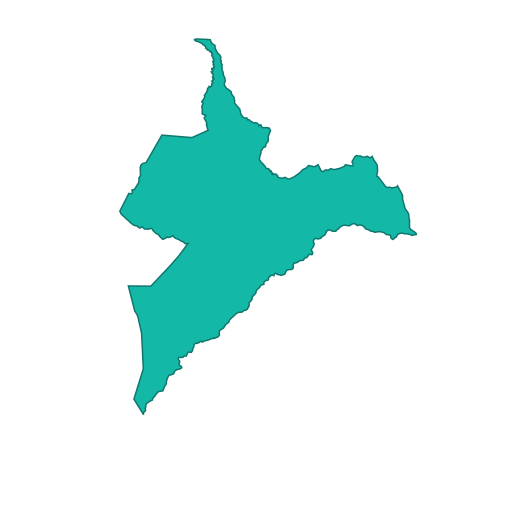 Changara, Tete, Mozambique (Mercator projection), rotated 20°
{"feature_id": "85939544B96154885816761", "entity_name": "Changara", "entity_type": "district", "adm_level": 2, "iso_a3": "MOZ", "parent_name": "Mozambique", "parent_adm1": "Tete", "projection": "mercator", "projection_center": [33.152, -16.661], "detail": "fine", "context": "isolated", "style": "filled", "palette": "teal", "viewbox_px": 512, "rotation_deg": 20, "n_neighbors": 0, "source": "geoboundaries", "source_scale": "gbopen_adm2", "svg_char_len": 6099}
<svg xmlns="http://www.w3.org/2000/svg" viewBox="0 0 512 512"><g transform="rotate(20 256 256)"><path d="M211.5,416.3L214.6,414.6L214.7,409.9L215.4,407.3L215.1,405.3L214.5,404.1L214.7,402.6L214.3,401.5L214.7,400.2L214.7,398.6L215.6,397.5L218.5,395.4L219.0,394.4L218.9,392.4L219.4,391.2L220.9,389.6L223.2,388.1L224.3,386.8L224.2,385.8L223.7,385.3L221.3,384.8L220.8,384.3L220.4,381.1L218.5,379.9L217.9,378.5L218.2,377.6L221.9,376.4L222.7,374.5L224.7,373.9L224.9,370.5L225.4,369.4L228.2,368.6L228.7,366.3L228.3,365.4L228.6,362.8L228.2,360.3L229.0,358.7L230.2,358.4L231.2,357.8L231.2,357.1L232.4,356.6L232.8,355.2L235.4,355.1L235.8,354.1L240.5,350.8L242.0,349.3L243.7,348.1L244.6,348.0L244.5,347.2L246.2,346.9L246.6,346.0L247.4,345.6L248.1,344.7L248.7,342.8L247.6,340.7L247.3,339.1L247.8,337.7L250.2,334.6L250.9,330.9L253.1,327.4L252.8,325.9L254.2,322.3L255.1,321.1L255.2,320.3L256.5,318.4L256.9,317.2L258.7,315.0L261.9,313.6L263.3,311.4L264.9,310.4L265.9,309.2L266.6,304.8L265.4,302.5L266.8,299.5L267.0,297.6L266.4,295.1L267.2,294.3L268.5,290.7L268.2,288.6L268.9,286.3L270.2,284.3L270.4,281.7L273.1,279.9L272.4,277.7L273.9,275.3L275.1,275.0L275.6,274.4L275.7,273.6L275.2,272.3L276.5,269.4L279.3,267.5L279.5,267.8L279.5,266.3L280.2,265.5L282.8,266.0L284.6,265.6L285.8,265.7L288.6,263.9L289.4,262.7L289.5,259.8L289.9,258.9L291.6,257.5L294.2,256.4L295.0,255.1L294.9,253.5L293.8,251.5L294.2,249.8L296.8,248.1L298.6,245.5L301.8,243.9L302.8,240.7L303.9,240.4L304.6,239.4L305.3,236.3L308.1,235.6L308.4,234.6L308.1,233.4L306.0,231.5L305.8,230.8L306.7,227.1L306.7,225.7L306.3,224.3L305.0,223.0L304.7,222.2L305.1,220.0L305.2,219.5L306.1,219.1L308.5,218.8L310.9,217.1L311.1,216.0L313.5,212.5L314.0,208.5L314.5,207.5L316.4,206.2L318.9,206.5L320.7,206.2L322.6,205.3L323.3,203.3L324.5,201.8L324.8,200.6L326.6,198.1L328.6,196.7L333.2,195.8L335.7,192.8L337.4,192.0L338.4,191.9L340.7,192.8L342.7,191.3L345.3,190.9L348.5,192.0L349.4,193.0L352.7,192.9L355.4,193.4L357.3,192.8L358.3,193.1L360.3,192.8L361.4,191.9L364.5,190.6L368.4,190.3L371.2,191.3L374.1,190.4L375.6,191.0L376.6,192.9L378.7,193.7L380.0,192.3L380.3,191.0L381.3,190.3L381.7,187.2L383.8,185.4L385.6,184.4L388.2,184.3L389.9,183.6L393.7,183.0L395.3,183.4L399.3,180.9L398.9,180.2L397.9,179.5L392.2,178.1L390.6,177.0L388.0,169.8L387.1,168.7L385.2,164.6L384.1,163.4L379.9,160.4L374.4,152.6L372.8,148.6L365.0,141.7L364.7,142.9L360.7,145.5L358.3,145.6L355.6,146.8L354.2,146.6L344.1,140.0L342.0,139.6L341.1,134.4L339.1,129.6L337.7,128.2L334.1,125.6L331.1,122.7L331.0,123.3L329.3,124.8L326.4,124.2L324.6,125.8L321.7,126.7L320.1,126.2L318.6,126.9L316.1,127.2L315.1,128.5L314.0,133.9L314.2,135.0L316.0,136.7L316.2,138.0L315.1,138.6L308.9,139.7L308.1,141.9L304.8,144.9L299.9,148.1L296.1,148.5L294.5,150.8L292.2,151.1L289.9,153.8L288.3,153.9L283.1,149.0L280.4,152.2L274.4,153.0L273.3,155.6L272.3,157.1L270.6,158.6L268.6,163.0L264.8,168.5L261.2,172.1L259.5,172.7L256.4,172.1L254.5,173.8L250.9,174.6L249.2,174.2L249.2,173.4L248.4,173.4L247.3,172.2L246.2,172.3L245.4,173.0L244.3,172.7L244.1,173.6L243.1,173.8L242.7,172.2L242.0,172.0L241.2,171.0L240.5,171.6L239.7,171.2L239.7,170.6L237.9,169.7L235.4,170.2L234.2,168.9L230.0,166.5L228.4,166.1L227.4,164.9L226.2,164.3L225.5,161.3L225.5,157.9L224.8,156.0L225.8,151.3L227.1,150.6L227.5,149.9L227.1,147.0L228.1,144.2L227.7,142.1L226.6,139.9L226.7,133.0L224.6,131.3L222.3,131.6L218.2,133.2L216.6,132.2L215.7,131.0L214.7,131.7L214.3,132.7L213.2,131.4L210.9,130.7L210.1,130.8L208.2,131.9L205.9,131.2L204.8,131.3L202.8,130.3L201.3,130.9L200.5,129.6L199.9,129.5L197.9,130.3L196.1,129.8L193.2,127.8L190.5,123.5L183.7,119.7L182.6,117.0L181.6,115.9L181.3,114.6L177.7,112.2L176.6,110.3L174.7,109.4L173.5,109.2L173.0,108.8L171.3,108.8L168.3,106.7L167.3,105.2L167.2,101.8L165.4,98.8L163.9,97.7L162.0,94.3L160.2,92.4L159.8,90.7L159.0,89.5L158.8,87.7L157.2,86.6L156.6,84.5L155.4,83.6L155.1,81.4L153.2,79.5L150.8,78.6L148.0,76.3L146.2,74.1L145.5,72.2L142.2,71.4L140.3,70.0L139.1,68.4L136.0,69.2L126.2,72.3L124.7,73.0L124.3,73.9L126.0,74.6L128.5,74.3L132.7,74.8L134.1,75.6L135.3,75.6L135.5,76.0L136.3,76.0L137.3,76.7L137.7,77.9L139.5,78.3L139.7,79.0L141.8,78.8L142.6,79.7L143.2,79.2L143.7,79.2L143.8,79.8L144.6,80.0L145.0,80.6L145.7,80.6L146.0,81.2L145.7,81.4L146.0,81.8L145.8,82.8L148.4,84.6L148.1,84.9L148.4,85.4L149.6,86.5L148.9,87.9L149.7,88.2L149.5,88.8L150.3,89.5L150.1,90.3L150.9,90.4L150.8,91.3L151.8,92.0L151.5,92.6L152.0,93.2L151.7,93.6L152.0,94.2L150.3,94.9L150.6,95.8L151.5,95.6L152.1,96.9L151.1,98.0L151.7,98.2L151.5,98.9L152.4,99.5L153.5,99.5L154.2,101.8L153.9,102.6L154.6,102.7L154.7,103.5L155.2,103.3L155.6,103.6L155.3,103.9L156.0,104.0L155.1,105.5L155.3,106.3L154.6,106.9L155.9,107.6L156.2,108.4L155.4,109.3L156.1,110.7L156.0,111.4L155.4,112.6L155.0,112.4L154.7,112.8L153.9,112.7L154.0,113.5L153.1,115.2L153.9,117.1L153.3,117.9L153.8,119.2L152.9,120.6L153.1,121.4L152.6,122.6L152.6,123.0L153.3,123.5L153.4,125.5L152.3,129.3L152.7,130.1L154.0,130.3L154.4,130.7L153.8,132.8L153.9,133.9L155.7,137.4L156.7,140.6L157.4,141.0L160.7,141.1L160.8,141.8L160.2,143.0L160.2,144.2L163.3,146.9L164.7,148.8L164.4,149.4L167.9,154.3L155.4,166.6L126.2,174.6L120.8,205.9L117.6,208.0L116.8,210.1L116.9,212.4L119.9,219.7L119.3,222.6L120.4,225.7L120.6,227.4L119.0,235.2L117.0,236.2L117.1,237.0L118.0,238.3L118.3,239.4L117.5,240.1L115.1,240.7L112.7,260.4L115.1,262.8L127.4,267.9L130.7,268.9L134.0,268.5L135.8,269.3L137.2,269.4L139.3,267.5L142.0,268.8L145.3,267.7L146.3,267.3L146.9,266.4L148.1,266.0L149.4,266.2L150.4,267.2L153.4,268.6L155.0,269.1L156.7,269.0L158.3,270.3L162.5,272.2L163.1,272.1L163.7,271.2L164.5,270.7L166.0,268.6L166.8,268.7L169.2,267.5L170.8,265.4L171.3,265.4L172.4,266.4L174.6,266.9L177.8,266.9L180.9,267.7L182.7,267.5L185.1,268.6L187.3,268.1L188.1,266.5L183.3,282.6L178.5,294.9L167.5,320.3L146.3,327.8L160.8,349.1L164.2,351.7L166.2,354.1L174.9,367.7L188.7,400.6L190.2,432.2L204.6,443.6L203.8,441.7L204.9,439.7L205.0,438.6L204.1,437.4L204.0,435.2L203.4,433.8L203.7,432.0L205.5,429.2L207.9,426.8L207.7,424.6L208.6,423.1L209.3,420.2L210.0,418.8L210.1,417.6L211.5,416.3Z" fill="#14b8a6" stroke="#0f766e" stroke-width="1.5"/></g></svg>